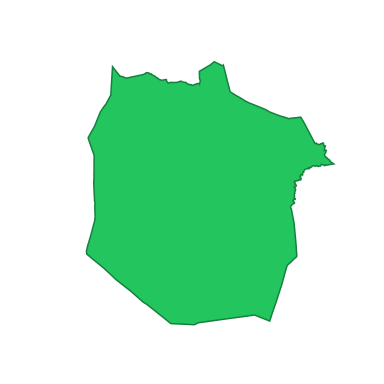 the district of San Esteban Atatlahuca, Oaxaca, Mexico, rotated 115°
{"feature_id": "50627088B77951750237496", "entity_name": "San Esteban Atatlahuca", "entity_type": "district", "adm_level": 2, "iso_a3": "MEX", "parent_name": "Mexico", "parent_adm1": "Oaxaca", "projection": "albers", "projection_center": [-97.721, 17.074], "detail": "fine", "context": "isolated", "style": "filled", "palette": "green", "viewbox_px": 384, "rotation_deg": 115, "n_neighbors": 0, "source": "geoboundaries", "source_scale": "gbopen_adm2", "svg_char_len": 4521}
<svg xmlns="http://www.w3.org/2000/svg" viewBox="0 0 384 384"><g transform="rotate(115 192 192)"><path d="M277.1,83.4L276.1,67.0L267.6,68.1L256.7,69.2L238.1,71.5L222.7,74.1L218.2,74.7L215.7,73.6L212.5,72.3L209.8,71.3L206.5,69.8L204.6,70.5L199.4,73.5L198.9,73.7L198.7,73.8L191.8,77.7L185.2,81.6L177.9,85.8L176.7,86.6L170.9,90.8L167.9,93.0L166.1,94.2L164.2,96.2L163.0,96.4L162.2,96.2L161.3,95.9L159.9,95.3L159.1,94.5L158.5,94.5L157.1,96.9L155.6,96.3L155.2,95.4L154.7,95.4L154.3,96.0L154.1,97.0L153.0,97.1L152.0,97.5L151.4,97.9L150.6,98.4L149.8,98.2L149.2,98.5L148.4,98.9L147.0,98.9L146.5,99.1L145.8,99.2L145.1,100.3L144.9,100.8L144.3,101.5L143.9,100.9L143.7,100.5L143.1,100.2L142.5,100.1L141.8,100.4L141.7,100.7L141.6,101.1L141.5,101.4L141.6,101.8L141.3,101.7L140.8,101.8L140.5,101.9L140.4,102.3L140.4,102.6L140.0,102.9L139.8,103.3L139.4,103.6L139.0,103.5L138.8,103.0L138.3,102.8L138.1,102.3L137.7,102.1L137.0,100.9L136.4,100.1L136.1,100.1L135.7,100.2L135.3,99.8L135.2,98.7L134.2,98.6L133.5,98.9L133.2,99.4L133.0,100.1L132.5,100.5L132.0,100.1L130.7,100.9L130.4,100.2L129.8,100.0L129.7,99.5L129.9,99.0L129.2,99.1L128.5,99.6L127.6,99.8L126.7,99.1L126.3,99.5L124.9,99.4L123.7,99.0L122.6,98.0L121.9,97.1L121.5,95.8L120.9,95.9L120.7,96.4L120.3,96.1L120.5,95.4L120.3,95.2L119.6,95.1L118.9,94.2L118.2,94.0L117.6,94.0L117.1,93.3L116.7,92.9L116.7,91.1L115.6,90.6L115.3,90.1L115.4,89.6L115.5,89.0L115.6,88.4L115.1,87.9L114.1,86.5L113.8,86.4L112.3,86.5L112.1,84.9L111.8,84.2L112.1,83.2L111.6,83.0L111.8,82.8L106.6,75.4L106.0,79.4L105.3,80.1L104.9,81.0L104.4,83.4L104.3,83.7L104.0,84.0L103.5,86.3L103.3,86.7L103.1,87.0L102.3,87.8L101.0,87.7L100.2,87.5L99.4,87.5L98.6,88.0L98.2,87.8L97.5,87.9L97.6,89.2L98.2,89.8L97.4,89.9L96.4,90.3L95.6,90.9L94.7,90.3L93.9,90.6L94.3,91.7L94.0,92.4L93.5,92.6L93.2,92.8L92.7,93.0L92.5,93.5L92.2,93.7L92.3,94.4L93.1,94.5L93.9,95.8L95.2,96.3L95.2,97.3L95.5,97.7L95.7,99.0L95.2,99.5L95.2,100.1L95.8,100.6L96.0,101.1L81.8,119.8L78.2,125.1L82.0,131.2L83.6,134.0L84.6,135.0L84.8,137.1L85.0,138.9L85.4,141.8L85.7,142.8L86.2,148.7L86.6,154.9L86.6,155.9L86.2,159.8L86.5,167.1L86.9,174.6L87.1,177.8L87.0,182.2L86.3,187.7L86.0,192.0L85.1,199.7L81.4,202.8L79.9,204.0L76.6,206.8L76.0,207.4L75.1,207.9L74.9,208.1L73.5,209.3L73.1,209.6L72.3,210.2L71.7,210.7L71.1,211.2L70.7,211.5L70.2,211.9L69.9,212.2L69.5,212.5L69.1,212.9L68.5,213.3L68.0,213.7L67.4,214.3L66.9,214.6L66.6,214.9L66.0,215.4L65.6,215.7L65.0,216.2L64.5,216.6L63.8,217.2L64.6,217.4L64.6,218.4L64.6,219.3L64.7,220.0L64.6,221.0L64.6,222.3L64.6,223.0L64.5,226.5L64.6,227.0L65.1,227.2L65.4,227.4L65.5,227.4L65.7,227.6L66.3,227.8L66.8,228.0L67.1,228.2L67.4,228.3L67.6,228.3L67.8,228.5L68.1,228.7L68.5,228.8L68.9,229.0L69.1,229.1L69.4,229.3L69.9,229.6L70.1,229.9L70.4,230.0L71.0,230.4L71.6,230.9L72.2,231.3L72.5,231.5L73.0,231.8L73.4,232.1L74.3,232.7L75.2,233.4L76.0,233.9L76.9,234.5L77.2,234.8L77.8,235.1L78.7,235.8L79.5,236.3L79.9,236.2L80.5,235.8L81.3,235.5L81.6,235.3L82.3,235.0L82.7,234.7L83.2,234.5L83.4,234.4L83.8,234.2L84.4,233.9L85.2,233.6L85.5,233.4L86.1,233.1L86.3,232.9L86.5,232.7L86.8,232.5L87.0,232.2L87.2,231.6L91.0,230.8L90.6,231.3L91.1,232.3L91.9,233.6L93.2,234.5L93.7,235.4L94.9,236.1L95.3,237.2L95.0,238.2L95.8,239.5L95.6,240.0L95.6,240.5L96.0,241.0L96.0,241.5L95.3,243.8L95.7,245.0L96.4,247.9L96.1,248.7L96.5,249.3L98.9,251.8L100.9,255.7L100.9,256.2L101.8,257.3L101.7,257.9L103.2,259.3L103.4,259.8L102.5,261.2L102.1,262.1L101.0,262.6L101.0,263.1L102.0,264.5L103.5,266.5L103.7,268.4L103.9,269.4L103.4,270.4L103.7,271.1L103.3,271.6L103.1,273.3L102.6,274.9L102.7,276.7L102.7,278.1L102.1,278.6L102.8,280.0L102.3,280.7L102.7,282.7L103.0,283.7L104.9,284.8L106.2,285.9L116.6,299.7L116.8,304.1L117.4,306.4L112.0,317.0L137.9,306.8L138.3,306.4L138.5,306.6L148.6,307.1L150.5,307.6L153.5,308.2L158.3,308.9L173.5,308.1L186.4,309.1L187.1,308.7L187.7,308.4L188.0,308.0L193.7,302.5L200.0,296.3L203.6,294.6L205.9,293.6L208.5,292.4L211.4,291.0L216.1,288.9L217.5,288.3L219.2,287.4L222.9,285.9L225.3,284.9L230.1,282.4L234.3,280.2L237.0,278.8L238.6,277.9L240.2,277.1L241.4,276.5L242.0,275.9L242.5,275.5L243.2,275.1L245.8,274.2L248.6,272.8L250.1,272.0L252.9,270.6L255.7,269.2L259.5,268.0L260.5,267.8L264.2,267.2L265.9,266.9L268.0,266.5L271.2,265.9L273.7,265.5L275.4,265.2L282.0,264.2L282.9,264.2L286.9,263.4L287.6,263.2L290.3,262.7L292.8,261.1L292.8,260.8L292.9,260.7L298.3,239.8L303.8,222.9L307.6,206.4L309.4,200.1L312.5,189.6L312.9,185.6L320.2,155.5L311.2,133.6L308.0,131.2L296.7,113.8L277.1,83.4Z" fill="#22c55e" stroke="#15803d" stroke-width="1.5"/></g></svg>